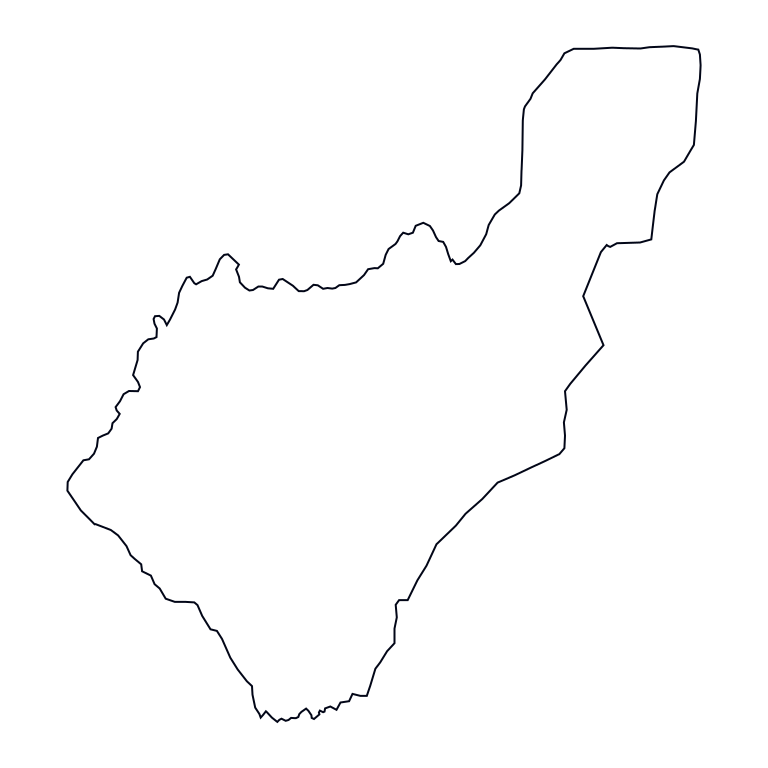 Pynes Town, Sinoe, Liberia
{"feature_id": "62588387B44747363578735", "entity_name": "Pynes Town", "entity_type": "district", "adm_level": 2, "iso_a3": "LBR", "parent_name": "Liberia", "parent_adm1": "Sinoe", "projection": "natural_earth1", "projection_center": [-8.563, 5.57], "detail": "fine", "context": "isolated", "style": "outline", "palette": "ink", "viewbox_px": 768, "rotation_deg": 0, "n_neighbors": 0, "source": "geoboundaries", "source_scale": "gbopen_adm2", "svg_char_len": 3389}
<svg xmlns="http://www.w3.org/2000/svg" viewBox="0 0 768 768"><path d="M698.3,49.6L696.5,49.3L692.3,48.4L673.6,46.1L663.9,46.6L649.5,47.2L640.4,48.5L624.0,48.2L612.3,47.7L593.8,48.8L573.7,48.8L570.0,50.6L564.4,53.3L560.6,59.9L558.8,62.0L556.7,64.3L544.9,79.5L532.7,93.3L530.5,98.8L525.0,106.4L523.9,109.3L522.9,119.3L522.8,120.8L522.4,150.2L521.6,169.7L521.5,170.6L521.1,185.4L519.3,193.3L509.2,203.2L498.9,210.6L494.8,214.5L488.7,225.0L487.9,227.9L486.2,234.2L480.3,245.3L473.9,252.8L468.3,257.9L465.2,261.1L459.4,264.0L455.9,264.1L452.5,259.6L450.8,261.2L448.2,254.1L446.0,246.9L443.2,241.9L438.6,241.0L436.0,237.1L433.0,230.5L429.9,226.0L423.3,222.8L415.7,225.8L412.9,232.7L408.3,234.3L403.2,232.7L400.1,236.1L397.4,241.4L395.5,244.0L388.6,249.0L385.7,254.8L383.2,263.8L377.8,268.3L374.5,268.1L368.1,269.2L364.0,275.1L356.1,282.4L349.6,284.1L345.0,284.9L339.3,285.2L335.4,288.0L332.2,288.6L327.5,288.0L323.1,288.8L317.8,285.3L313.5,284.8L307.4,290.0L304.1,291.2L298.7,291.1L294.9,287.6L293.0,285.8L282.7,279.0L279.0,279.7L273.2,288.8L267.9,288.3L262.2,286.5L258.4,286.5L253.0,290.0L249.4,290.5L245.0,287.7L239.9,282.3L239.0,276.8L236.1,269.4L237.4,267.3L238.9,264.6L228.0,254.3L224.1,254.9L219.8,259.3L215.8,268.8L212.7,275.7L207.2,279.5L201.7,281.1L196.1,284.3L194.3,283.2L189.9,276.8L186.7,277.7L182.3,286.0L179.1,292.8L177.6,302.6L175.1,309.5L170.0,319.6L166.8,325.1L164.0,319.5L159.3,315.9L155.0,316.2L153.6,319.0L154.5,323.7L156.9,328.5L156.5,337.1L153.8,338.5L148.3,339.3L143.2,343.3L137.9,351.7L137.6,360.0L133.1,375.1L138.0,382.0L140.0,387.1L138.0,391.2L129.0,391.0L123.6,394.2L120.0,401.2L115.6,407.1L116.7,410.5L119.7,413.9L116.8,419.0L112.5,423.2L111.6,428.7L108.2,433.4L102.8,435.6L98.0,438.0L96.9,446.7L94.0,453.7L89.0,459.3L83.4,460.3L72.4,474.3L67.7,482.0L67.4,490.7L74.1,500.5L80.8,510.4L90.7,520.3L94.6,524.3L95.5,524.1L110.8,530.0L118.1,535.4L126.5,546.1L130.6,555.2L134.8,559.0L141.2,564.3L142.1,571.3L150.9,575.6L154.6,584.2L159.7,588.5L165.7,598.7L174.9,601.9L186.0,601.9L194.3,602.4L197.5,605.1L202.2,615.9L210.5,629.3L216.9,630.9L222.0,638.9L230.3,657.7L237.7,669.5L246.9,681.3L252.0,686.1L252.5,694.7L255.2,707.6L259.4,714.0L260.7,717.6L263.1,714.9L265.9,711.3L266.8,712.1L271.9,717.6L277.3,721.9L279.4,719.8L281.5,718.7L285.7,720.8L288.5,720.0L291.1,717.9L294.1,718.1L296.0,718.1L298.3,717.0L299.3,714.1L301.4,711.9L306.1,708.6L308.4,710.8L311.4,715.2L311.7,717.9L314.0,719.0L319.4,714.4L318.9,712.5L319.9,710.6L323.1,712.2L324.5,711.6L325.1,708.4L330.3,706.5L336.5,709.8L340.5,702.5L349.1,701.2L352.5,693.9L360.5,695.9L366.8,695.9L369.4,688.2L370.2,685.9L375.4,668.7L380.2,662.4L387.1,651.2L394.5,643.2L394.5,628.6L396.8,617.4L395.7,604.8L399.1,600.1L407.7,600.1L417.4,580.3L426.5,565.7L432.0,553.9L436.5,544.2L437.6,543.2L455.9,525.6L465.6,513.7L482.2,499.1L497.6,482.6L514.7,475.3L531.3,467.4L545.6,460.8L558.3,454.6L559.3,454.2L564.4,448.2L565.0,435.6L563.9,422.4L566.7,409.8L565.0,391.2L570.2,383.9L585.6,365.4L586.5,364.4L603.5,345.2L583.2,296.2L600.9,252.1L606.7,245.0L607.9,245.9L608.5,246.2L610.2,246.9L615.0,244.3L617.0,243.2L621.3,243.1L640.1,242.5L651.3,239.4L652.8,226.4L654.5,212.1L654.6,211.1L655.3,206.9L655.9,203.0L657.3,194.2L663.9,180.4L669.5,172.4L673.4,169.5L684.0,161.7L690.6,150.4L693.9,144.9L694.3,140.1L695.9,121.1L697.3,93.5L699.9,79.0L700.4,69.6L700.6,65.2L699.9,54.5L698.3,49.6Z" fill="none" stroke="#020617" stroke-width="2"/></svg>